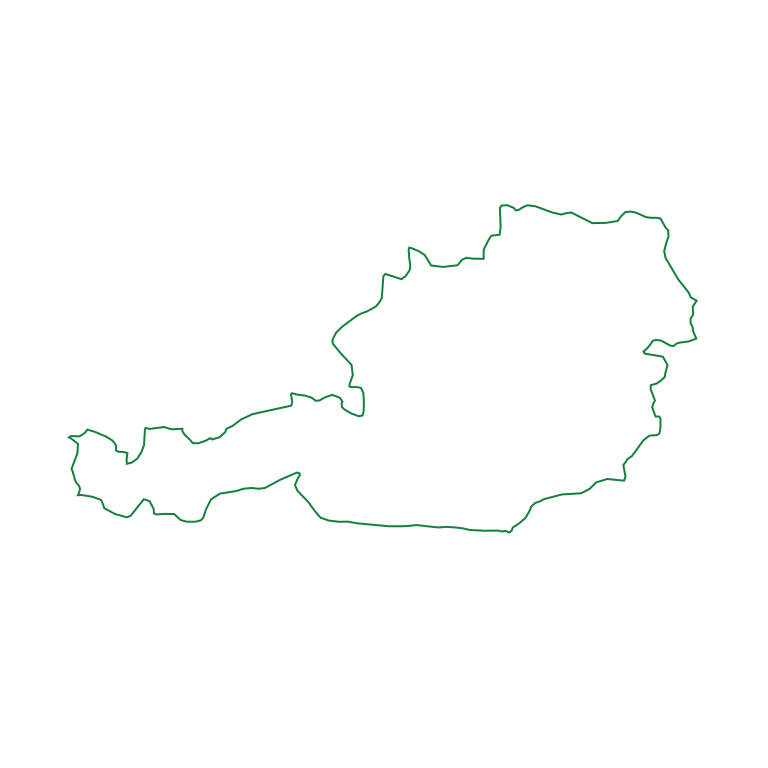 the border of Austria, rotated 353°
{"feature_id": "AUT", "entity_name": "Austria", "entity_type": "country or territory", "adm_level": 0, "iso_a3": "AUT", "parent_name": "Europe", "parent_adm1": "", "projection": "orthographic", "projection_center": [13.446, 47.7], "detail": "fine", "context": "isolated", "style": "outline", "palette": "green", "viewbox_px": 768, "rotation_deg": 353, "n_neighbors": 0, "source": "natural_earth", "source_scale": "50m", "svg_char_len": 3405}
<svg xmlns="http://www.w3.org/2000/svg" viewBox="0 0 768 768"><g transform="rotate(353 384 384)"><path d="M63.5,430.2L71.2,415.5L73.0,406.2L67.3,400.4L64.8,398.6L67.0,397.5L75.5,398.9L81.1,396.1L84.1,393.1L91.5,396.4L102.4,402.8L107.5,407.0L109.5,410.1L110.6,412.7L109.8,417.1L112.2,418.9L117.5,419.8L120.9,421.3L119.4,427.0L119.0,431.8L123.9,431.3L130.2,427.9L135.2,421.6L138.4,415.3L141.2,399.9L142.0,398.6L145.6,400.0L160.5,399.9L167.3,403.0L178.4,403.9L178.1,406.3L180.0,410.1L184.7,415.8L187.0,419.4L192.2,420.2L200.2,418.5L204.9,416.6L206.6,418.1L213.9,416.9L220.4,412.6L222.1,409.3L228.7,407.1L237.6,401.9L249.7,397.9L289.3,394.2L290.8,390.8L290.4,383.0L291.5,381.9L296.4,383.9L304.3,385.9L310.4,388.7L314.3,392.4L318.0,392.5L323.7,390.1L331.4,388.5L338.6,392.3L340.6,396.4L339.4,398.5L339.5,401.8L341.7,404.5L347.5,409.0L355.0,412.9L358.9,412.6L360.4,408.9L361.8,400.0L362.4,390.5L360.7,385.1L356.7,383.7L351.8,383.3L349.3,382.1L350.2,379.1L354.1,371.4L354.1,361.1L345.5,349.3L338.1,337.8L338.2,333.9L342.7,327.2L349.7,321.9L365.1,313.1L370.0,311.3L376.2,309.8L385.1,306.2L389.4,302.4L392.3,298.3L396.5,277.0L397.5,276.1L398.7,274.9L414.3,282.2L415.7,281.0L418.4,279.8L423.4,274.1L424.5,269.8L424.4,261.8L424.8,254.1L425.7,251.7L428.1,252.6L434.8,256.5L440.1,260.9L445.2,272.1L456.8,275.0L471.5,275.1L476.7,270.1L481.4,268.8L486.9,270.3L498.2,271.9L499.3,262.8L505.7,253.3L508.6,249.9L516.9,250.0L518.8,243.0L520.5,223.4L522.2,221.3L528.2,221.5L534.2,225.0L536.1,227.8L539.2,227.5L543.5,225.4L548.2,224.1L555.8,226.0L572.2,234.4L580.6,237.4L585.9,236.6L590.8,236.6L610.3,249.7L623.7,251.1L635.9,250.7L639.7,246.4L644.7,242.7L650.1,243.0L654.9,244.6L664.3,250.2L668.7,251.5L674.4,252.2L678.6,253.4L682.7,263.5L684.9,266.2L684.6,267.5L684.4,272.2L681.4,278.3L678.3,286.2L678.8,293.0L688.8,316.1L697.4,330.1L699.2,335.5L704.5,339.4L699.9,344.9L699.3,352.8L696.3,356.4L695.7,360.9L697.2,365.0L697.4,370.0L699.5,377.0L691.7,378.9L682.4,379.0L679.1,379.6L676.1,381.6L672.8,380.8L664.2,374.6L659.4,373.4L656.0,373.9L653.6,376.8L649.5,380.7L645.5,383.4L646.5,385.6L664.2,390.9L667.7,399.8L664.6,407.4L663.6,411.1L659.6,414.1L654.7,416.8L648.6,417.7L648.1,421.7L650.9,433.4L649.1,436.0L647.3,439.7L649.5,449.3L653.3,449.9L654.2,452.0L653.7,456.0L653.2,460.2L652.0,464.7L651.4,466.6L648.9,468.0L641.1,467.6L634.5,471.6L621.4,485.7L616.7,488.1L611.7,493.7L612.4,505.6L611.7,506.7L610.5,509.2L594.1,505.5L593.5,505.6L582.6,507.5L575.3,513.2L566.3,516.5L547.2,515.3L528.7,517.8L524.3,519.5L519.5,520.5L515.1,523.8L512.6,528.3L508.1,534.1L501.5,538.6L494.4,542.1L492.8,545.1L490.4,546.7L486.4,544.6L483.2,544.8L479.2,543.4L466.1,541.9L451.6,539.4L444.7,536.9L436.9,535.0L428.5,533.4L421.0,533.1L417.2,532.3L399.2,528.0L387.3,527.7L371.6,525.8L340.4,519.0L331.4,516.2L322.7,515.3L312.5,512.8L304.8,509.0L299.9,501.8L294.7,492.2L285.2,479.6L283.3,473.4L286.4,468.0L289.5,464.0L289.1,462.2L286.8,461.3L269.7,466.3L253.1,472.7L246.6,472.7L240.3,471.1L232.0,470.8L223.9,472.3L207.8,472.8L198.2,477.5L191.9,486.9L188.4,494.6L185.6,497.0L180.0,497.7L171.6,496.7L165.7,494.3L159.9,487.5L150.6,486.2L142.1,485.7L139.9,484.4L140.2,480.1L137.1,471.8L131.6,469.1L116.6,483.8L112.6,485.0L101.1,480.2L91.2,473.2L90.3,468.4L88.9,464.4L80.5,460.3L70.0,457.2L66.7,457.1L68.1,454.8L69.5,451.0L68.9,447.9L66.6,444.5L65.4,441.0L65.2,437.6L64.5,434.9L64.2,432.3L63.5,430.2Z" fill="none" stroke="#15803d" stroke-width="2"/></g></svg>